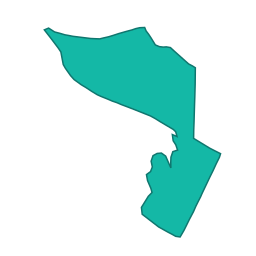 Balneário Pinhal, Rio Grande do Sul, Brazil (Robinson projection), rotated 7°
{"feature_id": "56859067B35823111888461", "entity_name": "Balneário Pinhal", "entity_type": "district", "adm_level": 2, "iso_a3": "BRA", "parent_name": "Brazil", "parent_adm1": "Rio Grande do Sul", "projection": "robinson", "projection_center": [-50.295, -30.225], "detail": "fine", "context": "isolated", "style": "filled", "palette": "teal", "viewbox_px": 256, "rotation_deg": 7, "n_neighbors": 0, "source": "geoboundaries", "source_scale": "gbopen_adm2", "svg_char_len": 1414}
<svg xmlns="http://www.w3.org/2000/svg" viewBox="0 0 256 256"><g transform="rotate(7 128 128)"><path d="M223.0,142.2L217.1,140.1L211.4,138.0L194.4,130.3L193.5,122.0L192.9,114.9L192.1,106.4L191.1,95.6L190.5,88.8L189.3,76.2L187.5,60.0L184.3,58.5L180.3,57.0L168.2,48.6L163.9,45.6L160.3,43.0L156.2,42.8L153.1,43.4L149.2,43.4L145.0,42.2L140.0,35.9L137.1,32.5L134.1,29.4L132.3,26.2L127.5,27.0L123.6,28.4L119.9,30.2L114.4,32.4L107.1,35.5L102.2,37.8L97.7,39.8L92.7,41.6L89.0,43.0L84.1,43.4L80.0,43.7L75.9,43.7L67.4,43.7L62.1,43.7L58.0,43.4L54.1,43.2L49.3,42.4L43.4,41.6L37.0,38.5L33.0,40.8L40.1,47.9L48.9,57.0L52.1,60.7L56.0,72.9L58.7,76.5L64.7,83.1L68.6,86.5L76.2,90.7L81.4,93.0L87.4,96.0L93.4,98.7L97.2,99.9L104.7,101.9L109.1,103.2L113.9,104.2L118.3,105.5L126.1,107.4L148.8,113.3L153.3,115.1L159.6,118.0L166.9,121.2L173.1,123.9L175.8,125.9L177.7,130.5L172.8,129.1L174.4,135.2L177.5,138.9L179.9,143.9L175.4,146.0L174.2,151.7L174.6,156.8L175.4,162.4L171.2,155.4L168.8,151.3L164.2,148.8L160.0,149.7L156.2,152.4L155.0,158.1L156.9,163.7L155.7,168.5L152.0,172.0L153.8,177.8L158.1,185.2L159.7,189.1L156.5,193.3L151.0,205.2L152.6,211.9L170.5,222.5L180.1,226.4L184.9,228.2L188.5,229.7L193.0,229.8L195.9,223.1L197.4,218.9L200.0,211.4L203.2,203.0L204.9,197.3L206.6,192.5L208.4,187.6L209.5,183.9L211.6,177.6L215.2,166.8L217.6,160.0L219.9,152.8L222.3,146.0L223.0,142.2Z" fill="#14b8a6" stroke="#0f766e" stroke-width="1.5"/></g></svg>